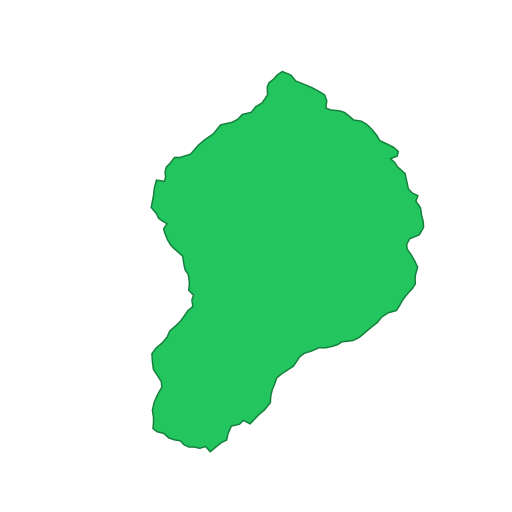 the district of Cruzeiro, São Paulo, Brazil, rotated 60°
{"feature_id": "56859067B26751630679552", "entity_name": "Cruzeiro", "entity_type": "district", "adm_level": 2, "iso_a3": "BRA", "parent_name": "Brazil", "parent_adm1": "São Paulo", "projection": "equal_earth", "projection_center": [-45.003, -22.562], "detail": "fine", "context": "isolated", "style": "filled", "palette": "green", "viewbox_px": 512, "rotation_deg": 60, "n_neighbors": 0, "source": "geoboundaries", "source_scale": "gbopen_adm2", "svg_char_len": 2176}
<svg xmlns="http://www.w3.org/2000/svg" viewBox="0 0 512 512"><g transform="rotate(60 256 256)"><path d="M109.4,140.9L109.8,147.0L111.7,152.6L112.5,158.2L115.3,161.8L122.2,165.4L126.5,174.2L126.5,181.5L129.2,188.2L126.6,197.1L128.5,203.6L128.2,210.0L124.7,221.1L127.2,227.4L128.9,232.1L129.7,242.2L131.3,250.9L133.0,255.6L135.1,261.7L132.6,272.7L129.9,277.2L132.8,284.2L134.1,289.2L137.8,292.8L142.2,294.7L145.6,297.9L140.5,304.3L146.4,310.1L152.6,314.7L161.6,322.5L169.8,321.0L174.5,321.5L178.7,319.7L183.5,316.9L186.3,322.4L190.4,323.5L197.8,324.5L204.2,324.4L208.4,323.3L212.5,321.9L219.6,319.6L223.8,321.3L228.6,323.1L233.0,324.4L237.6,323.8L241.6,325.2L246.1,327.2L252.1,331.4L258.6,329.7L262.2,333.6L268.1,335.9L269.3,342.4L272.6,349.3L274.7,354.1L276.2,359.9L277.8,368.1L281.8,373.6L284.3,380.3L285.8,388.8L288.7,395.1L296.2,398.8L303.1,401.6L310.3,401.1L317.5,400.8L322.7,403.3L325.0,407.5L327.6,411.7L331.8,417.3L337.7,422.8L344.8,425.6L350.2,428.8L353.9,431.5L358.8,429.5L363.6,424.5L369.8,422.6L374.4,418.6L378.2,413.9L383.3,412.8L387.8,409.7L390.6,405.0L394.4,400.8L395.8,394.9L402.6,393.5L401.3,385.6L400.3,379.5L400.7,373.4L395.8,369.0L391.0,362.4L393.4,354.3L392.1,349.0L398.4,345.1L394.9,333.1L393.4,325.2L390.2,316.9L384.2,312.9L379.7,308.5L375.3,302.8L371.9,299.0L370.9,292.9L370.5,285.8L370.1,278.6L367.6,273.5L365.2,268.7L364.4,262.6L366.0,255.9L366.9,247.5L370.3,241.6L372.5,234.7L373.6,229.7L373.3,224.5L375.6,219.3L377.7,214.2L378.2,207.4L376.3,197.1L375.2,191.0L374.3,184.3L371.7,177.5L371.3,169.9L373.4,161.8L370.8,156.6L368.0,152.0L365.7,147.0L363.9,142.0L362.3,136.7L359.8,131.9L356.0,130.0L351.9,127.2L346.5,121.6L340.2,121.1L333.0,121.0L325.4,121.6L321.2,119.6L317.9,114.3L319.3,103.9L315.0,96.6L310.2,94.1L303.4,92.2L296.4,89.4L288.6,90.2L284.7,85.7L279.7,89.1L274.1,90.5L259.2,85.7L249.4,88.9L244.4,89.1L239.0,90.9L240.1,83.8L236.7,80.5L230.5,82.5L225.7,85.7L218.0,91.1L212.0,91.1L206.7,91.9L200.4,93.3L196.4,94.8L191.8,97.5L187.1,103.4L180.7,105.6L175.9,107.6L172.0,111.1L166.8,118.4L162.6,121.5L157.0,117.1L151.0,116.0L145.5,118.8L138.0,123.5L124.2,134.1L116.9,135.3L109.4,140.9Z" fill="#22c55e" stroke="#15803d" stroke-width="1.5"/></g></svg>